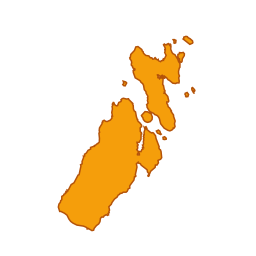 the district of Alor, Nusa Tenggara Timur, Indonesia, rotated 131°
{"feature_id": "22746128B1117135414899", "entity_name": "Alor", "entity_type": "district", "adm_level": 2, "iso_a3": "IDN", "parent_name": "Indonesia", "parent_adm1": "Nusa Tenggara Timur", "projection": "equal_earth", "projection_center": [124.34, -8.333], "detail": "fine", "context": "isolated", "style": "filled", "palette": "amber", "viewbox_px": 256, "rotation_deg": 131, "n_neighbors": 0, "source": "geoboundaries", "source_scale": "gbopen_adm2", "svg_char_len": 5863}
<svg xmlns="http://www.w3.org/2000/svg" viewBox="0 0 256 256"><g transform="rotate(131 128 128)"><path d="M145.8,82.5L139.9,81.7L138.0,83.0L136.9,81.8L134.3,82.2L132.8,84.1L130.2,82.9L128.3,83.1L124.1,87.6L123.2,89.2L123.4,90.1L122.8,91.6L121.7,92.2L117.5,100.0L115.8,102.1L115.1,105.3L115.2,106.2L116.2,106.9L116.6,108.8L116.8,116.1L117.9,114.3L120.5,113.2L122.3,111.5L123.1,111.7L123.4,110.9L124.4,110.8L124.7,109.7L126.0,109.3L126.7,108.2L128.2,107.5L129.7,105.9L130.9,105.4L131.4,105.8L132.6,103.4L133.3,104.2L134.2,102.9L135.1,103.4L137.3,102.7L138.4,104.2L139.7,103.8L139.9,102.6L140.8,101.8L141.9,103.0L142.4,102.7L141.6,103.8L140.1,103.9L138.8,105.0L138.9,106.1L138.4,107.3L137.7,107.1L136.6,107.6L135.5,109.2L134.9,108.9L134.0,109.4L133.9,110.5L132.9,111.8L131.6,110.2L128.0,110.8L124.0,114.1L123.4,113.9L122.8,114.6L122.6,116.4L120.2,118.7L119.5,119.0L118.1,118.6L116.9,119.7L116.3,122.8L116.4,124.6L115.6,126.4L115.2,126.4L115.2,127.1L113.8,129.3L110.9,132.9L111.0,134.6L110.1,136.4L107.6,138.8L106.7,140.7L106.3,140.6L106.0,145.9L105.6,146.8L107.1,148.1L108.5,150.9L109.7,151.7L111.4,151.8L111.6,151.0L112.7,150.7L114.8,151.7L117.9,150.6L118.6,150.9L119.1,152.3L119.0,153.6L118.1,155.4L118.4,155.9L120.3,155.5L120.3,154.5L122.1,154.2L123.8,152.3L127.0,150.4L129.2,147.5L129.7,148.0L131.1,146.6L133.6,146.5L136.7,147.9L137.6,149.1L137.8,151.1L139.6,151.7L140.1,150.9L140.9,151.1L141.8,150.4L146.6,149.6L148.8,148.1L149.9,146.6L150.9,146.6L154.5,142.8L157.5,140.4L159.4,140.6L159.3,140.0L159.8,140.9L163.7,141.4L163.5,141.8L164.5,141.9L167.2,143.5L168.4,142.4L171.1,143.5L174.3,143.0L176.3,143.6L177.5,142.4L178.5,143.2L178.7,142.6L180.1,141.9L183.4,140.7L185.1,139.1L186.9,139.7L187.5,138.6L195.3,134.3L196.3,134.8L204.8,132.8L208.0,133.8L213.2,132.5L214.5,132.5L214.7,133.1L215.3,132.2L216.0,133.0L216.6,132.4L216.9,133.0L217.6,132.3L218.1,132.7L218.7,132.3L220.0,132.9L221.1,132.4L223.0,133.1L225.5,131.0L227.1,131.1L228.4,130.3L230.7,130.2L233.4,128.7L235.8,124.8L235.0,123.9L234.0,120.0L233.8,116.8L235.5,112.8L236.1,109.9L235.9,107.2L234.8,102.9L231.3,97.3L230.4,94.7L230.4,93.1L231.0,92.6L230.4,92.0L229.9,92.2L229.1,87.9L227.7,86.9L225.9,87.7L222.3,87.8L219.6,87.2L217.1,87.7L214.3,89.5L212.6,89.5L211.3,88.1L210.1,88.4L207.7,87.6L207.5,86.2L206.3,85.7L205.6,87.0L204.3,86.6L203.9,87.4L202.1,88.1L200.0,90.8L196.4,90.6L194.8,91.2L190.5,91.6L187.3,90.9L185.1,91.4L183.5,90.8L182.7,91.1L181.2,89.8L179.6,89.5L177.7,87.3L176.2,87.1L173.7,87.9L172.2,87.2L170.5,88.8L163.4,89.4L160.4,91.2L159.9,90.5L159.1,90.5L158.3,91.9L151.6,95.6L149.5,98.2L147.2,97.9L147.7,97.2L146.8,95.3L147.4,93.7L147.0,86.2L148.4,84.4L148.7,82.3L148.2,81.7L145.8,82.5ZM98.3,129.2L98.6,128.3L99.8,127.3L101.2,123.1L101.0,121.1L100.1,118.1L100.4,116.9L99.5,114.5L99.5,112.9L100.2,110.7L103.4,106.1L104.4,100.6L103.6,96.4L102.7,94.5L100.6,93.5L98.6,93.4L98.2,93.8L97.6,93.1L96.0,93.5L94.3,95.7L91.8,97.0L89.4,101.1L88.3,102.2L87.4,105.8L87.0,106.7L86.6,106.5L85.6,109.6L85.6,111.6L84.3,113.5L84.0,114.8L82.9,115.8L82.0,114.7L80.9,114.9L78.1,118.7L77.5,122.8L77.9,123.3L77.3,123.3L77.2,124.1L76.7,123.7L75.4,124.8L75.4,125.6L72.6,129.2L72.5,130.3L68.1,133.6L67.7,134.2L68.5,136.1L68.2,136.5L68.8,137.0L69.4,136.4L70.2,136.5L69.8,137.4L70.4,138.5L69.5,138.9L68.9,140.2L68.6,139.7L68.2,140.2L68.0,139.9L68.0,137.6L65.7,136.8L65.5,134.8L66.7,134.2L66.6,133.2L65.1,132.7L65.1,133.2L64.9,133.5L64.8,131.6L65.3,129.4L64.9,127.9L64.8,123.6L63.2,121.2L62.0,120.8L60.5,119.1L59.1,120.0L56.8,122.7L55.0,123.3L53.9,125.3L52.0,127.1L49.1,128.6L48.2,128.6L45.3,131.0L44.7,133.4L43.5,135.5L41.9,140.6L42.4,142.7L42.2,144.2L40.5,147.5L38.4,149.0L37.0,150.5L37.0,151.0L37.4,150.9L37.7,152.2L38.1,151.7L37.9,153.0L39.4,153.6L40.0,152.8L39.7,153.6L40.6,154.2L40.8,155.7L41.9,155.8L43.2,152.4L44.2,151.4L44.6,151.8L45.0,151.4L45.4,150.5L46.9,149.9L48.2,146.9L51.4,146.0L52.4,146.0L52.5,146.5L53.4,145.8L53.5,146.4L54.2,146.0L55.4,147.0L56.5,146.9L57.1,148.5L57.1,149.3L56.4,150.2L57.2,150.4L57.7,152.2L57.2,152.5L57.1,153.7L57.6,153.8L58.0,153.2L59.8,154.4L59.4,156.1L60.4,157.3L59.9,159.5L61.6,162.3L61.4,165.4L60.4,166.8L60.6,167.6L59.7,169.1L60.0,173.9L61.7,175.3L65.2,174.0L70.6,174.2L73.5,172.4L73.9,172.7L74.6,171.8L75.0,169.7L76.5,167.9L77.6,167.5L78.5,166.5L78.4,165.1L78.9,164.8L79.5,163.4L78.9,161.7L79.1,161.3L80.1,160.9L80.5,161.9L81.3,161.8L82.7,160.3L84.7,156.7L85.4,155.5L84.4,150.0L85.0,148.1L84.9,146.0L85.6,144.3L88.4,140.8L88.8,138.3L89.9,137.1L90.8,134.3L91.5,133.3L92.5,133.2L93.0,132.0L94.3,131.6L96.0,129.2L98.3,129.2ZM108.6,115.4L105.8,115.4L103.7,116.9L102.1,119.8L103.1,124.1L103.5,124.5L103.8,124.0L103.5,124.5L104.4,125.9L109.7,126.1L110.3,124.8L110.3,123.9L111.5,122.0L111.9,119.7L111.5,118.1L110.8,116.8L108.6,115.4ZM43.7,131.4L43.2,130.8L42.3,130.9L40.1,132.4L36.5,133.0L35.0,134.1L34.7,135.9L36.0,136.8L37.3,138.6L38.1,137.9L39.7,138.6L41.4,137.3L42.4,135.5L42.0,134.6L43.7,133.0L43.7,131.4ZM24.7,144.8L24.3,136.2L21.8,135.0L21.1,135.0L19.9,136.5L19.9,139.8L20.4,142.0L20.1,143.1L20.8,144.4L22.8,145.5L24.0,144.6L24.7,144.8ZM112.5,102.5L111.5,99.0L110.8,98.9L110.8,99.8L109.5,101.8L109.6,103.7L111.7,104.6L112.5,102.5ZM98.1,157.8L94.9,158.5L94.7,159.9L95.8,162.4L97.0,160.5L98.6,160.5L98.9,159.1L98.1,157.8ZM64.3,107.6L65.3,107.0L65.6,105.6L66.2,105.4L66.4,104.6L65.0,103.4L62.9,104.3L62.4,106.7L64.3,107.6ZM57.3,104.8L58.5,101.4L58.3,101.2L57.3,103.5L56.6,101.9L55.9,102.1L55.4,103.0L55.1,105.8L56.0,106.1L57.3,104.8ZM112.1,95.5L113.4,94.0L112.7,92.8L111.4,91.8L110.9,92.1L110.5,93.2L110.6,94.7L112.1,95.5ZM33.7,149.1L33.4,148.3L32.4,147.9L30.4,149.3L30.9,151.1L31.7,151.9L32.3,150.2L33.7,149.1ZM66.4,134.8L66.0,135.5L66.1,136.7L66.8,137.0L67.3,135.3L66.4,134.8ZM116.0,115.6L116.4,114.2L115.8,113.7L115.2,115.3L116.0,115.6ZM150.9,80.7L149.5,81.0L149.3,81.4L149.9,81.9L151.0,81.7L151.2,81.1L150.9,80.7Z" fill="#f59e0b" stroke="#b45309" stroke-width="1.5"/></g></svg>